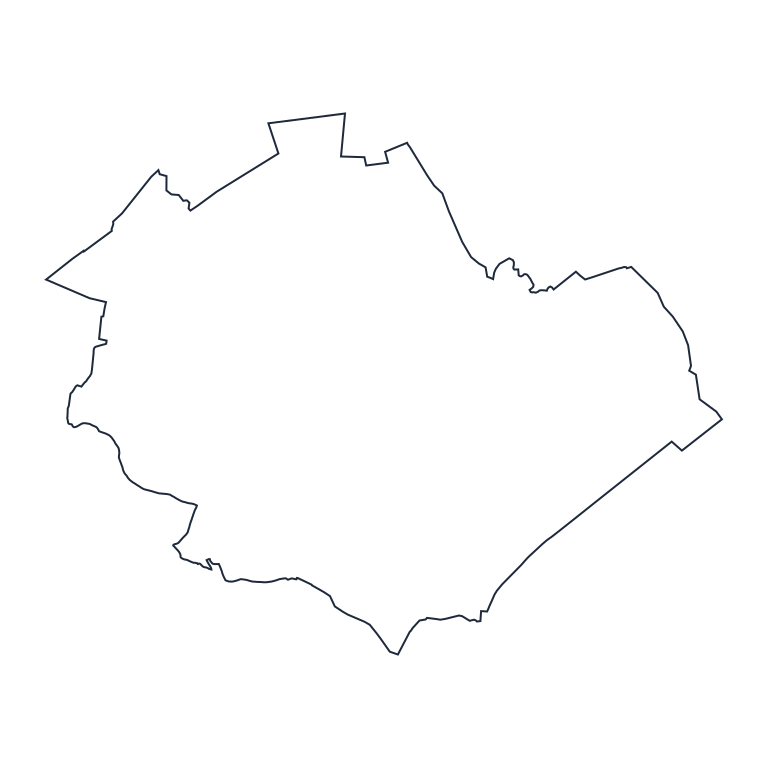 Dobreni, Neamt, Romania (Albers equal-area conic projection)
{"feature_id": "2599482B23692151151374", "entity_name": "Dobreni", "entity_type": "district", "adm_level": 2, "iso_a3": "ROU", "parent_name": "Romania", "parent_adm1": "Neamt", "projection": "albers", "projection_center": [26.4, 46.994], "detail": "fine", "context": "isolated", "style": "outline", "palette": "slate", "viewbox_px": 768, "rotation_deg": 0, "n_neighbors": 0, "source": "geoboundaries", "source_scale": "gbopen_adm2", "svg_char_len": 5998}
<svg xmlns="http://www.w3.org/2000/svg" viewBox="0 0 768 768"><path d="M716.3,411.6L699.6,399.3L695.9,374.7L689.2,370.7L691.0,365.9L688.1,345.2L682.8,331.5L672.8,316.6L663.8,306.7L657.7,292.9L631.2,266.9L626.9,268.3L626.2,267.2L624.1,267.0L621.6,267.8L618.5,268.5L593.6,276.8L585.1,279.5L582.9,277.8L579.9,275.4L575.9,271.7L553.6,289.5L552.2,287.6L550.3,286.5L548.7,287.4L547.6,288.7L546.8,290.7L544.8,290.4L541.8,290.2L539.4,290.5L537.9,291.8L535.8,292.7L534.7,292.4L533.3,292.2L532.2,292.4L530.7,292.0L529.6,289.9L531.7,288.4L533.3,286.7L533.5,284.5L532.5,283.1L530.4,279.0L527.7,275.3L526.7,274.5L525.8,274.2L525.0,274.1L524.1,274.3L523.6,274.7L522.8,275.5L521.0,276.4L519.8,276.1L518.7,275.3L518.2,269.4L514.4,269.6L513.5,268.7L513.3,267.2L513.8,265.4L513.9,262.2L512.8,260.1L509.2,258.3L499.5,263.9L495.8,268.9L494.2,272.6L493.1,279.1L490.2,277.8L487.2,276.7L485.6,267.4L482.4,265.5L479.0,263.6L471.1,257.1L462.2,241.9L448.9,211.3L442.3,193.3L434.1,185.6L427.0,175.1L410.0,147.3L407.9,144.5L407.1,142.8L385.1,151.8L388.1,162.7L366.2,165.5L364.4,157.2L341.0,156.5L345.0,113.5L268.4,123.3L278.4,153.5L216.7,191.7L198.1,205.4L190.4,210.6L188.6,208.5L189.4,202.7L186.8,200.3L183.3,200.8L178.7,195.0L171.4,194.4L166.4,190.4L166.5,176.1L159.7,174.2L158.4,170.1L151.2,176.8L122.1,213.3L113.1,221.6L113.3,223.9L112.6,226.4L111.6,229.0L111.8,230.9L83.9,251.5L83.6,250.8L72.4,258.8L46.1,279.6L72.3,290.8L89.5,298.2L106.0,302.1L104.6,308.3L103.3,316.3L101.4,316.7L99.1,338.9L101.5,339.5L106.6,340.6L106.2,343.7L105.7,344.0L102.1,344.9L95.9,346.7L94.7,347.4L93.9,348.9L93.6,351.5L93.6,352.9L92.0,369.2L91.4,373.4L89.8,376.3L88.7,377.5L87.2,379.6L86.1,381.3L84.6,382.5L81.4,386.6L77.3,385.3L75.7,386.5L73.7,389.8L73.4,390.3L72.4,391.8L72.1,392.2L70.8,393.3L70.4,394.2L68.9,405.2L68.7,406.2L67.7,408.6L67.7,409.6L67.7,410.9L67.6,413.4L67.5,414.8L67.5,415.5L67.5,415.8L67.4,416.6L67.5,416.8L67.4,417.1L67.2,417.6L67.9,421.2L68.1,422.3L68.1,422.7L68.2,422.9L68.4,423.3L68.7,423.6L68.9,423.8L69.3,423.9L70.0,424.1L70.9,424.2L71.5,424.3L71.9,424.5L72.1,425.0L72.4,425.7L72.6,426.0L73.1,426.6L73.4,426.9L73.7,427.1L74.4,427.2L74.9,427.1L76.1,426.8L77.3,426.3L81.5,423.8L82.3,423.5L82.8,423.3L83.9,423.2L84.3,423.2L85.2,423.2L88.4,423.7L89.8,424.0L93.3,425.8L95.1,426.5L95.7,426.8L96.4,427.2L96.9,427.7L97.5,428.4L98.3,429.7L98.8,430.7L98.9,431.0L99.4,431.3L100.5,431.8L105.3,433.4L106.6,434.0L108.3,434.8L109.0,435.2L109.6,435.6L110.8,436.7L111.8,437.8L113.1,439.6L114.4,441.4L114.6,441.9L115.1,443.0L115.7,443.9L117.1,445.8L117.8,446.9L118.2,447.4L118.6,448.3L118.9,449.4L119.0,450.1L119.1,450.7L119.3,452.4L119.3,453.0L119.3,453.6L119.2,454.2L119.1,454.7L119.0,455.5L118.9,456.9L118.9,457.5L119.1,458.3L120.4,461.9L120.8,462.6L120.9,463.1L122.1,466.5L122.3,466.8L122.5,467.5L122.7,468.5L123.1,470.0L123.5,471.1L124.4,473.0L125.2,474.1L126.3,475.3L126.9,476.1L127.9,477.8L128.5,478.5L129.5,479.7L130.7,480.7L132.5,482.1L133.4,482.7L134.8,483.5L137.3,485.2L138.3,485.8L140.0,486.8L141.2,487.7L143.0,488.7L143.8,489.1L144.7,489.4L151.8,491.2L153.3,491.7L158.4,493.2L159.4,493.4L161.0,493.5L162.8,493.7L164.3,493.8L166.7,494.0L168.3,494.3L170.1,494.7L170.8,495.1L171.5,495.6L172.8,496.4L173.6,496.7L175.9,498.2L180.1,500.5L182.0,501.4L183.3,501.8L185.6,502.3L188.1,503.1L191.1,503.5L193.2,503.9L195.0,504.6L196.9,505.5L196.3,507.4L194.9,510.1L193.5,513.9L192.7,516.4L192.5,516.8L191.7,519.4L191.0,521.2L189.8,524.9L189.2,527.5L188.8,528.6L188.4,529.7L188.2,530.7L188.0,531.3L187.9,531.8L187.4,532.8L187.1,533.1L186.5,534.1L185.5,535.2L184.6,536.0L182.7,538.0L182.1,538.6L179.8,541.3L178.5,542.7L178.2,543.0L177.4,543.4L176.0,543.9L175.0,544.1L174.1,544.4L173.8,544.6L173.5,544.9L173.3,545.1L173.2,545.3L173.2,545.5L173.3,545.7L174.4,546.7L176.4,548.9L178.0,550.6L178.8,551.6L179.2,552.2L179.5,552.7L180.2,554.1L180.4,554.7L180.5,554.9L180.5,555.3L180.5,556.1L180.5,556.6L180.7,557.2L180.9,557.5L181.5,558.0L182.0,558.4L183.1,558.9L184.0,559.3L184.8,559.5L186.1,559.7L187.3,560.0L188.1,560.4L189.0,560.9L190.0,561.3L191.8,562.1L193.4,562.7L193.8,562.8L194.7,562.7L195.5,562.9L195.9,563.0L196.8,563.1L197.0,563.2L197.2,563.3L197.5,563.6L197.7,564.0L197.9,564.1L198.2,564.0L198.4,563.8L198.7,563.6L199.4,563.6L199.7,563.7L200.1,563.8L200.4,564.1L200.7,564.4L202.4,566.1L202.7,566.4L203.3,566.8L203.8,567.0L204.9,567.3L206.3,567.5L207.6,568.0L208.6,568.6L209.2,568.9L210.3,569.3L211.4,569.5L211.3,568.9L211.1,568.3L210.8,567.5L210.6,567.0L209.5,565.2L209.0,564.5L207.3,561.5L206.6,560.1L208.2,559.4L209.2,559.0L209.9,559.2L210.2,560.8L212.1,563.2L212.8,563.7L213.6,564.0L215.4,564.1L218.8,564.0L219.5,565.5L220.2,567.1L221.6,570.7L221.9,571.6L222.4,573.5L223.1,575.3L223.8,576.9L224.2,577.7L225.5,580.3L226.1,580.5L227.8,581.2L228.7,581.4L229.6,581.5L231.3,581.6L233.0,581.5L235.0,581.0L237.5,580.3L240.5,579.2L241.0,579.2L242.3,579.3L245.4,579.7L247.5,580.2L250.1,581.0L252.3,581.5L253.1,581.6L257.1,581.9L260.0,582.0L262.1,582.1L263.8,582.3L266.7,582.2L267.7,582.1L269.5,581.8L271.9,581.5L276.3,580.3L277.6,579.8L279.7,579.1L281.7,578.8L283.4,578.5L284.7,578.4L285.5,578.3L285.9,578.4L286.6,578.8L287.5,579.5L287.9,579.7L288.1,579.7L290.7,578.7L291.4,578.5L292.0,578.4L292.9,578.6L295.3,579.2L296.4,579.3L296.7,578.9L296.7,578.7L296.7,578.2L296.8,578.1L296.9,577.9L297.1,577.9L297.5,578.0L298.6,578.4L300.7,579.5L301.7,579.9L310.9,584.3L311.7,584.7L311.9,585.3L323.9,592.1L330.0,596.1L334.8,606.4L342.6,611.6L347.8,614.6L364.4,621.7L369.8,624.8L376.7,633.4L380.5,638.5L389.8,651.7L397.9,654.5L409.7,631.9L411.0,630.6L412.6,628.1L419.5,620.5L425.6,619.5L427.0,617.9L436.0,619.0L440.3,619.7L445.3,618.9L459.0,615.5L462.2,616.2L469.7,620.8L474.0,619.7L475.7,620.3L476.9,621.5L480.4,621.1L481.1,611.1L487.1,611.5L488.6,608.2L489.4,606.1L491.5,601.5L494.6,594.4L496.9,590.7L502.1,584.4L521.4,564.8L525.6,560.0L527.7,557.7L530.1,555.4L532.2,553.5L542.3,544.1L546.9,540.2L551.8,536.7L555.7,533.7L572.5,520.4L598.6,499.6L671.7,441.6L681.9,450.6L721.9,419.3L716.3,411.6Z" fill="none" stroke="#1e293b" stroke-width="2"/></svg>